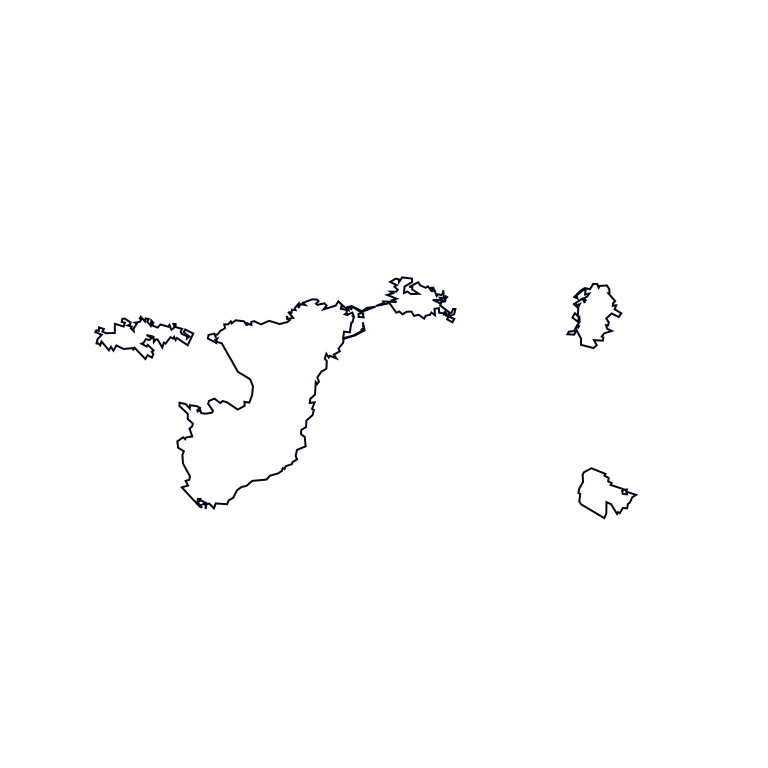 the district of Sandøy nor, Norway, rotated 32°
{"feature_id": "86288312B66077972443640", "entity_name": "Sandøy nor", "entity_type": "district", "adm_level": 2, "iso_a3": "NOR", "parent_name": "Norway", "parent_adm1": "", "projection": "albers", "projection_center": [6.483, 62.776], "detail": "fine", "context": "isolated", "style": "outline", "palette": "ink", "viewbox_px": 768, "rotation_deg": 32, "n_neighbors": 0, "source": "geoboundaries", "source_scale": "gbopen_adm2", "svg_char_len": 6169}
<svg xmlns="http://www.w3.org/2000/svg" viewBox="0 0 768 768"><g transform="rotate(32 384 384)"><path d="M327.3,334.1L335.9,322.8L329.0,328.7L326.8,333.9L315.2,335.1L312.0,338.4L311.6,341.5L307.5,343.1L306.7,340.6L309.3,339.7L301.5,338.1L301.5,343.1L293.2,352.8L293.8,347.9L290.8,347.1L285.6,352.2L283.7,351.9L284.7,348.6L282.7,347.8L278.2,350.3L272.3,358.1L275.4,358.7L270.8,360.6L271.2,364.8L269.0,361.1L268.1,366.7L269.9,368.2L266.6,369.7L267.8,372.7L266.3,373.0L267.0,374.4L264.4,373.6L272.0,376.1L267.7,379.8L265.6,377.8L267.1,380.1L270.1,379.9L269.3,382.6L263.8,388.4L253.1,391.3L248.0,398.7L240.6,399.5L238.5,401.7L240.2,404.2L235.8,405.0L236.7,406.2L235.9,406.8L232.1,405.0L224.4,408.6L222.7,413.3L220.9,412.1L220.2,416.0L216.9,418.1L219.7,420.9L217.1,425.6L216.5,430.5L214.4,431.5L217.1,433.9L213.3,431.4L209.2,435.4L210.5,438.7L219.6,438.1L217.4,436.0L218.6,433.9L219.0,437.1L224.9,435.5L253.7,451.1L268.0,450.9L274.1,455.4L278.1,463.3L279.6,471.2L275.1,473.1L277.4,476.3L273.5,483.2L260.4,482.7L256.1,484.0L255.3,486.9L247.9,486.3L244.6,491.0L245.3,494.0L253.2,497.3L253.3,499.4L248.9,503.4L244.5,505.6L240.8,502.3L242.0,504.4L240.6,506.0L239.5,505.3L240.5,501.8L237.2,501.9L230.7,504.8L232.4,507.9L226.4,506.1L220.5,508.3L222.2,511.1L233.4,513.3L236.3,517.8L242.9,518.8L243.8,521.8L242.7,524.9L249.2,530.1L244.6,534.1L244.7,536.2L242.0,535.6L239.1,542.1L243.2,547.1L249.9,547.1L250.7,551.1L255.7,558.0L268.3,565.1L269.7,568.4L267.1,571.3L271.6,574.0L267.3,578.8L292.7,585.7L295.3,585.1L288.4,583.2L287.0,580.1L289.1,578.8L289.4,582.2L290.2,579.7L295.8,579.3L294.2,581.9L296.6,580.7L299.0,584.6L297.2,580.3L299.1,578.0L305.7,579.6L304.6,574.5L314.6,569.1L314.0,565.0L316.4,560.4L315.7,552.1L317.7,546.8L321.3,543.5L323.6,536.0L335.0,527.3L335.8,522.3L341.5,516.0L343.4,512.0L342.7,509.0L344.7,508.9L344.1,505.9L348.4,500.8L347.8,498.8L350.2,493.9L347.2,491.9L345.1,486.0L350.6,478.4L344.8,470.9L340.3,470.6L338.2,467.0L340.7,461.8L337.6,456.2L339.9,448.1L338.2,443.2L336.2,443.3L334.9,436.3L331.0,439.5L329.4,435.5L331.1,429.5L325.2,418.7L327.3,419.6L327.6,416.6L324.0,413.7L324.3,406.7L327.1,401.6L323.3,394.8L320.3,393.9L319.1,388.9L323.1,390.8L323.1,388.8L330.0,387.5L325.9,385.7L329.2,379.6L326.7,378.1L327.5,370.7L325.9,367.0L333.5,358.5L339.1,348.8L333.4,342.8L336.9,347.6L336.1,349.8L337.1,350.5L332.4,359.0L325.1,366.9L322.4,360.7L327.7,358.3L323.8,349.4L324.6,348.5L323.2,343.9L321.7,343.1L322.6,342.6L319.3,340.2L316.3,344.6L317.3,344.6L313.9,345.6L314.8,343.5L312.8,340.9L315.1,340.3L313.5,339.0L315.2,336.1L316.7,338.7L316.4,335.3L328.0,335.3L325.2,338.0L326.9,340.6L331.4,338.3L327.3,334.1ZM177.0,446.2L175.6,443.6L173.6,444.6L176.4,446.9L174.9,450.6L170.8,447.7L170.8,449.7L162.9,452.0L162.1,456.1L156.2,457.3L156.0,454.3L153.0,453.4L155.2,458.3L150.1,456.5L150.0,453.6L147.1,454.7L148.2,457.6L142.1,455.9L142.2,457.9L144.2,457.8L143.8,460.8L140.4,463.9L142.4,463.8L142.2,469.9L143.7,471.8L139.7,470.9L139.6,469.0L135.7,470.1L137.1,468.1L136.5,466.1L129.5,465.9L127.6,467.4L128.7,470.4L131.7,469.3L132.8,473.2L123.9,475.6L128.7,483.4L121.4,488.2L117.4,488.8L117.3,485.8L112.4,487.0L114.0,490.0L111.5,491.0L111.6,493.0L118.6,491.8L117.3,497.8L119.0,502.8L118.9,500.8L122.9,501.6L121.8,497.6L132.9,501.2L132.8,497.2L136.8,499.1L136.6,493.1L144.5,492.3L152.3,486.5L153.4,488.4L153.3,485.4L168.4,489.3L168.2,484.8L173.2,484.6L172.5,480.7L170.0,479.8L170.9,477.7L162.9,476.0L162.9,478.0L157.0,478.3L158.4,476.2L158.2,472.2L161.7,471.1L162.6,468.1L156.6,468.3L163.5,466.0L166.6,470.4L167.0,466.9L168.5,466.3L176.6,470.5L175.4,465.6L177.4,465.5L178.1,457.5L181.1,457.3L181.0,455.3L184.1,457.2L184.0,454.7L197.0,455.2L195.5,442.3L186.5,443.1L186.7,446.1L193.7,446.8L192.8,449.9L191.7,447.9L185.8,448.7L183.7,447.2L183.6,444.2L177.0,446.2ZM524.8,184.2L520.8,182.3L514.9,186.6L515.0,188.6L511.9,186.2L508.4,188.2L508.4,194.5L503.5,196.2L501.1,200.9L499.3,209.4L502.8,209.0L500.3,206.8L503.5,198.1L505.3,197.7L507.1,201.6L510.1,198.6L509.9,202.5L508.1,205.3L510.7,206.1L510.0,207.7L511.5,208.9L507.1,206.4L503.6,213.8L505.7,215.4L507.7,212.5L508.1,216.3L501.7,215.5L508.6,216.8L512.4,223.7L508.4,222.8L508.6,227.8L515.6,228.5L513.4,222.6L517.0,227.5L516.7,231.5L518.7,231.4L518.8,233.4L516.8,233.5L517.0,238.5L513.1,241.6L513.2,244.6L519.1,241.4L518.9,236.4L527.1,241.1L530.3,246.4L542.6,242.5L543.9,238.4L538.8,235.6L546.6,231.3L545.5,228.4L543.5,228.4L543.9,224.4L549.1,218.2L544.2,218.9L541.1,216.5L543.0,215.5L541.9,212.5L537.8,210.7L539.6,203.6L547.5,202.8L547.8,198.3L540.1,198.4L539.2,194.2L536.6,196.4L535.5,194.3L536.1,191.2L526.0,188.1L526.9,187.1L524.8,184.2ZM619.5,342.9L604.6,345.5L600.4,352.7L600.5,355.7L604.7,361.5L605.0,369.5L606.7,373.4L608.7,373.3L611.9,380.2L615.0,381.6L641.9,381.0L641.2,376.1L635.3,366.3L640.3,365.6L650.5,370.7L650.4,368.7L652.4,368.6L652.2,362.6L656.1,360.5L654.4,356.5L655.3,354.5L654.6,348.5L656.5,344.5L647.0,346.7L645.7,345.3L646.2,343.8L645.2,345.7L648.5,348.8L644.7,350.7L642.6,348.5L644.1,346.0L629.7,349.5L629.6,347.5L625.6,347.7L624.5,344.7L619.5,344.9L619.5,342.9ZM389.2,279.3L384.6,273.1L385.9,275.9L385.4,278.3L382.0,279.4L382.0,281.4L374.8,276.2L372.7,277.7L377.2,278.1L375.2,280.1L369.4,277.9L368.3,280.3L362.6,281.2L359.0,279.6L354.0,288.3L356.5,286.5L357.7,288.9L365.8,289.0L359.0,293.5L354.8,293.2L352.8,296.3L349.8,290.4L353.9,282.6L351.8,279.8L342.9,284.0L342.7,289.7L341.1,287.4L338.2,288.4L335.1,294.2L342.4,293.4L341.3,296.0L345.7,296.7L345.4,299.3L340.5,302.3L343.3,302.5L339.5,306.8L349.6,304.9L346.6,308.4L351.3,307.8L339.5,314.4L340.9,315.3L335.9,322.0L345.9,312.5L356.7,317.0L358.5,314.4L362.7,315.1L365.0,310.6L369.0,308.1L373.4,310.3L376.8,306.9L383.4,307.3L383.2,304.0L386.3,301.0L386.4,298.2L390.9,298.7L387.0,293.5L390.4,290.6L393.0,294.3L397.2,292.4L397.6,289.3L398.1,293.3L399.4,292.4L399.1,290.1L400.3,293.0L402.3,292.5L401.5,289.7L402.5,289.1L403.3,295.7L409.3,295.4L409.1,291.5L403.2,292.7L406.5,287.6L404.8,282.6L402.8,283.7L403.5,287.7L402.6,288.7L389.9,287.6L389.4,283.7L392.1,281.7L391.8,280.4L390.7,279.2L391.4,276.9L390.0,276.9L391.3,281.8L389.5,281.9L388.4,285.9L380.8,286.8L388.7,282.3L385.8,281.2L389.2,279.3Z" fill="none" stroke="#020617" stroke-width="2"/></g></svg>